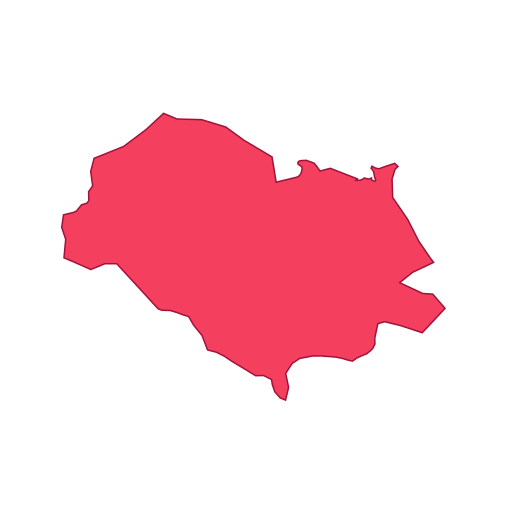 outline of Guli, White Nile, Sudan, rotated 287°
{"feature_id": "16777658B68520369405520", "entity_name": "Guli", "entity_type": "district", "adm_level": 2, "iso_a3": "SDN", "parent_name": "Sudan", "parent_adm1": "White Nile", "projection": "mercator", "projection_center": [32.427, 13.311], "detail": "fine", "context": "isolated", "style": "filled", "palette": "rose", "viewbox_px": 512, "rotation_deg": 287, "n_neighbors": 0, "source": "geoboundaries", "source_scale": "gbopen_adm2", "svg_char_len": 1678}
<svg xmlns="http://www.w3.org/2000/svg" viewBox="0 0 512 512"><g transform="rotate(287 256 256)"><path d="M197.1,82.7L197.1,82.8L194.8,102.0L204.4,113.7L207.9,125.1L176.9,177.8L176.6,181.9L178.8,189.9L178.8,197.2L178.4,203.8L178.4,209.3L171.6,216.6L164.2,227.6L158.1,232.4L152.0,237.1L152.4,246.3L150.9,255.0L148.1,264.2L145.2,275.9L141.4,290.6L143.9,298.2L142.4,307.0L137.8,309.2L131.7,313.6L127.4,320.5L126.8,326.4L139.9,325.6L152.4,318.7L163.8,322.0L170.9,327.8L174.1,334.1L176.9,339.2L179.4,347.3L182.6,361.5L183.3,368.4L183.3,373.9L183.7,379.0L188.4,382.7L193.7,388.9L194.7,390.4L199.1,393.3L201.9,394.7L206.5,395.5L212.2,393.6L226.9,392.3L230.8,398.3L231.7,414.1L231.2,437.4L250.7,447.0L261.2,452.1L271.2,436.2L268.9,426.3L272.5,401.2L286.2,410.5L301.8,427.7L305.2,423.0L317.9,407.2L335.4,390.3L351.9,369.6L369.4,363.6L379.5,363.6L383.1,365.6L385.2,361.6L379.3,353.3L377.0,350.2L375.4,348.2L375.0,344.6L375.8,340.6L373.6,340.4L372.7,341.8L371.3,343.5L368.7,345.1L366.5,346.1L365.3,346.9L364.1,347.9L362.7,348.3L362.1,346.8L362.6,344.3L364.4,343.6L362.8,342.0L362.3,339.1L362.3,336.8L360.3,335.2L358.8,333.3L358.3,331.4L357.6,329.4L359.4,330.3L361.6,301.4L356.0,292.4L360.0,287.2L361.8,284.3L362.2,276.1L361.0,272.8L360.1,270.6L358.9,269.0L357.1,268.8L356.0,269.6L355.3,272.1L354.7,273.7L352.9,274.6L349.3,274.9L346.0,274.3L343.8,272.7L342.5,270.6L332.5,253.7L355.4,242.4L363.1,210.8L370.5,189.4L370.5,164.2L363.9,140.3L365.4,125.9L345.1,114.1L322.1,97.4L302.1,72.6L288.5,73.2L275.3,79.3L268.6,77.1L260.2,79.9L257.1,78.9L254.0,74.2L246.6,71.2L244.5,69.0L239.1,59.9L226.6,61.8L216.4,69.1L198.1,72.9L197.1,82.7Z" fill="#f43f5e" stroke="#9f1239" stroke-width="1.5"/></g></svg>